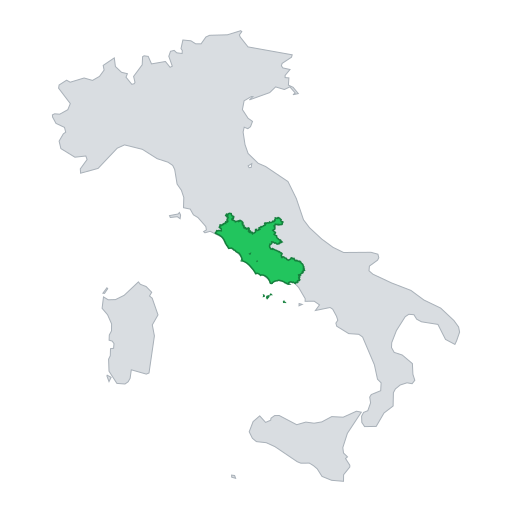 location of Lazio, Roma, Italy
{"feature_id": "23120603B86473916475875", "entity_name": "Lazio", "entity_type": "district", "adm_level": 2, "iso_a3": "ITA", "parent_name": "Italy", "parent_adm1": "Roma", "projection": "natural_earth1", "projection_center": [12.727, 41.812], "detail": "fine", "context": "in_parent", "style": "filled", "palette": "green", "viewbox_px": 512, "rotation_deg": 0, "n_neighbors": 0, "source": "geoboundaries", "source_scale": "gbopen_adm2", "svg_char_len": 9680}
<svg xmlns="http://www.w3.org/2000/svg" viewBox="0 0 512 512"><path d="M66.6,80.2L70.2,82.2L84.1,78.0L92.5,80.4L99.5,76.4L104.1,70.1L103.2,65.4L114.3,57.9L115.4,66.5L121.5,72.3L127.4,73.7L126.0,77.2L131.8,84.3L134.2,83.7L135.0,82.4L133.6,76.4L142.2,64.8L142.6,56.7L144.1,55.8L148.2,56.4L151.5,63.9L165.4,61.5L170.1,67.3L172.3,66.2L168.8,56.3L170.5,51.3L174.2,50.4L176.7,52.8L182.1,53.5L182.3,50.5L181.0,48.6L182.9,40.0L190.9,40.8L195.6,43.8L201.1,43.8L205.9,37.0L209.6,35.3L227.4,34.8L240.7,30.7L241.8,31.6L239.4,34.9L240.2,37.0L248.0,46.9L292.2,54.8L291.5,57.2L282.1,63.4L281.4,65.8L282.8,67.9L290.0,69.5L285.1,75.4L285.1,77.6L288.9,77.9L288.4,85.1L293.1,87.3L298.3,93.6L293.0,94.7L295.2,93.0L289.9,86.9L284.4,89.5L275.6,86.9L269.7,92.6L249.4,99.9L252.9,96.6L251.4,96.5L244.1,100.8L242.4,109.6L248.1,118.3L252.5,121.4L250.5,126.7L247.8,128.7L244.2,127.2L243.1,132.0L245.0,144.6L248.1,153.5L258.2,163.3L265.6,166.5L288.0,181.6L296.3,198.5L303.5,219.8L309.5,227.7L321.8,239.1L333.1,247.4L343.6,252.5L371.0,252.3L377.9,254.2L378.8,257.7L377.6,260.1L369.4,266.1L369.0,270.8L372.9,274.2L391.7,283.0L410.9,290.4L423.9,300.0L440.7,308.1L453.9,320.5L458.6,327.0L459.6,332.1L456.6,340.8L454.9,344.4L445.5,339.4L437.9,324.4L421.5,321.8L416.7,319.2L413.9,314.7L408.8,314.3L405.2,316.7L396.4,330.6L391.7,342.7L391.5,347.6L394.2,352.4L402.2,355.0L412.4,363.6L412.9,374.3L414.8,380.3L412.1,383.7L407.0,382.8L400.2,385.0L395.4,388.9L393.4,392.7L393.1,406.0L384.0,413.0L376.2,426.4L364.6,426.6L361.8,422.4L361.6,416.2L363.6,412.4L367.8,410.7L370.6,402.8L369.7,397.1L371.3,394.5L380.7,390.7L381.1,382.8L377.5,379.2L374.4,364.8L362.6,337.0L358.8,334.3L348.7,333.6L336.7,326.2L335.9,323.1L337.8,320.2L336.5,316.2L332.7,309.2L330.1,307.5L315.4,310.5L319.5,304.9L314.2,301.2L305.1,301.3L305.2,298.7L298.6,287.4L294.2,282.9L277.4,280.5L271.9,282.5L263.6,275.3L256.1,272.7L236.9,252.2L227.7,246.1L221.9,237.2L210.2,231.3L204.9,232.8L203.6,231.6L206.4,229.9L205.8,226.5L198.0,217.6L193.4,214.8L190.2,209.1L183.5,207.7L183.8,197.5L181.4,190.3L177.1,184.1L174.7,169.5L172.7,165.4L168.0,162.2L157.2,158.7L142.3,149.3L124.5,144.9L117.2,148.2L98.1,168.4L80.6,173.2L80.3,168.9L87.1,159.5L85.8,156.0L74.9,157.2L60.9,148.6L59.1,141.1L63.3,133.9L65.7,132.2L64.5,127.4L56.0,123.4L52.6,117.1L52.4,114.9L54.6,113.8L59.7,114.2L67.8,109.7L70.3,103.6L58.6,88.2L59.1,85.0L66.6,80.2ZM251.2,167.4L251.8,163.6L248.1,165.9L249.1,167.7L251.2,167.4ZM361.3,412.2L347.4,433.3L342.8,447.6L343.5,453.0L347.5,456.9L345.5,458.5L349.8,465.2L349.8,467.0L343.6,474.7L343.5,481.3L331.6,480.3L322.0,476.4L317.2,468.8L313.4,465.6L309.3,463.1L300.9,463.2L297.2,461.7L275.0,446.7L266.3,442.7L256.4,441.6L252.4,438.3L249.2,431.8L253.1,421.6L259.7,415.9L265.6,422.4L270.7,420.2L271.0,418.2L274.6,415.6L279.2,415.5L296.7,424.7L305.8,422.1L314.1,423.2L321.8,421.9L331.7,416.6L343.2,417.2L356.5,411.2L361.3,412.2ZM152.2,298.2L158.0,314.9L152.3,324.9L154.4,335.9L149.0,373.0L146.3,374.1L131.3,369.8L130.1,378.3L128.1,381.8L125.0,384.0L116.9,383.4L109.0,371.2L108.6,359.2L110.3,355.7L110.5,348.7L113.6,348.3L114.0,343.6L112.2,341.1L109.1,340.2L109.3,335.0L111.5,330.9L111.6,323.9L107.6,314.8L102.1,308.3L103.5,296.9L108.2,299.8L115.5,299.6L124.2,295.3L138.4,281.9L140.3,284.3L146.2,286.6L151.7,292.3L149.5,296.0L152.2,298.2ZM179.4,212.5L180.6,215.1L180.1,218.7L177.3,216.7L170.3,217.5L169.5,215.6L178.1,214.0L179.4,212.5ZM111.1,377.3L109.0,381.6L106.9,375.9L107.2,375.2L111.1,377.3ZM107.7,288.7L104.5,293.4L102.9,293.2L106.9,287.8L107.7,288.7ZM235.6,478.3L231.7,477.2L231.6,475.1L234.6,475.5L235.6,478.3ZM302.2,304.4L299.0,305.8L299.1,303.5L302.2,304.4Z" fill="#d9dde1" stroke="#a8b0b8" stroke-width="1"/><path d="M215.7,232.8L215.5,233.3L219.4,235.1L221.7,236.8L222.8,238.0L224.0,239.7L224.7,241.6L225.4,242.2L225.2,242.8L225.5,243.2L225.6,243.7L226.4,244.5L226.6,245.3L227.1,245.7L226.5,245.3L227.7,246.2L227.6,246.5L228.0,247.0L227.8,246.9L228.7,248.4L231.5,248.0L233.1,249.0L233.6,249.8L235.2,250.4L236.0,251.6L239.2,253.3L240.3,254.9L241.3,257.0L242.1,259.1L242.0,259.5L241.8,259.6L242.3,260.4L242.0,260.8L243.2,260.7L242.4,260.9L244.1,261.5L246.5,262.8L249.4,265.2L253.4,269.9L255.2,272.7L255.6,273.7L255.8,273.8L256.3,273.9L256.0,273.7L256.7,273.3L257.5,273.3L258.9,273.9L260.7,275.4L261.3,274.9L263.3,275.1L265.5,276.1L267.1,277.3L268.5,279.0L269.7,281.2L270.1,282.2L270.0,282.6L270.4,283.2L271.2,283.5L272.2,283.3L272.5,282.6L274.5,281.3L276.0,280.8L277.9,280.8L277.7,280.8L277.7,280.7L278.1,280.3L278.9,280.2L282.1,281.0L284.3,282.1L284.8,282.7L285.6,282.7L286.3,283.5L286.8,283.3L287.9,284.1L288.1,283.9L288.6,284.2L289.3,284.1L288.6,283.7L288.6,282.8L289.1,282.3L289.8,282.1L290.1,282.1L289.9,282.0L290.3,281.8L291.5,281.9L292.4,282.5L293.3,282.1L295.2,283.4L295.7,282.5L296.0,282.6L297.0,282.3L297.1,282.5L297.4,282.1L297.7,282.1L297.6,281.7L297.9,281.7L297.4,281.5L297.5,280.9L298.4,280.4L298.6,280.6L298.9,280.3L299.4,280.5L299.6,280.2L299.8,279.6L299.0,278.5L299.2,278.3L298.9,277.6L299.2,277.4L298.9,277.3L299.2,276.6L299.5,276.4L299.1,275.9L299.6,275.7L298.9,275.5L298.6,274.9L299.1,274.6L300.0,274.7L302.1,272.9L302.6,273.0L303.1,272.1L302.4,271.7L302.6,271.3L303.2,270.8L304.3,270.4L303.6,269.7L304.1,269.5L304.3,269.0L303.3,268.1L303.5,267.6L303.8,267.5L303.8,266.7L303.2,266.0L302.9,264.6L302.2,263.8L301.4,263.4L300.6,261.9L300.0,261.9L299.7,261.2L299.2,261.5L298.4,261.3L298.1,261.0L297.2,260.9L296.8,260.3L296.1,260.8L295.2,260.6L295.1,260.3L294.7,260.1L294.7,259.5L294.0,258.8L294.0,258.4L293.6,258.4L293.2,258.9L292.7,258.7L292.4,258.2L291.7,257.8L290.9,258.2L291.0,258.7L290.6,259.1L289.0,259.8L288.6,260.3L286.8,259.5L286.8,259.2L286.3,258.3L285.0,258.1L284.5,257.4L283.2,256.8L282.5,256.9L282.3,257.5L282.0,257.6L281.5,257.0L281.5,255.6L281.2,255.3L282.1,253.8L281.4,252.9L280.7,253.0L279.4,251.6L278.7,251.8L278.0,251.1L277.1,250.9L276.6,250.4L275.7,250.3L272.4,248.5L272.1,248.7L272.3,249.3L271.1,249.1L270.7,249.0L270.4,248.1L269.7,247.5L269.8,247.0L269.5,246.4L269.6,245.4L269.9,245.0L269.9,244.4L270.4,244.6L271.7,243.5L271.8,243.0L272.0,242.7L271.8,241.9L273.1,242.0L274.7,243.1L275.1,242.8L275.5,242.8L277.0,244.1L277.4,244.1L278.3,243.6L278.5,243.9L279.3,243.7L279.7,243.0L280.1,242.9L279.9,242.7L281.0,242.4L280.6,242.0L281.9,241.8L281.6,241.5L280.5,241.0L280.2,240.6L280.6,240.2L280.4,240.0L278.5,239.4L278.1,238.6L277.1,238.0L276.7,237.2L276.6,235.8L275.4,235.3L274.1,234.2L275.3,233.1L275.5,232.8L275.3,232.3L274.1,231.7L273.2,230.6L272.8,230.4L273.5,229.6L274.1,229.6L274.9,228.9L274.7,228.6L274.9,227.4L274.5,227.4L274.2,226.2L274.5,226.3L274.9,225.9L274.8,225.1L275.4,224.6L275.4,224.2L276.6,224.4L277.2,224.8L277.6,224.4L278.5,224.4L278.9,225.0L279.9,224.5L280.6,224.7L281.9,224.5L282.3,224.0L282.2,223.3L282.4,223.0L282.3,222.7L282.8,222.4L282.8,221.8L281.5,221.5L280.7,220.6L281.1,219.6L280.3,219.1L279.7,218.3L278.9,218.0L278.6,217.6L277.9,217.6L277.5,218.4L275.3,217.9L275.3,218.9L274.7,219.9L275.0,220.2L274.7,220.4L274.8,220.8L273.8,221.7L273.2,221.1L272.8,221.2L272.8,221.5L272.4,221.9L271.0,222.6L270.0,222.4L269.6,222.0L269.3,222.3L269.3,222.8L268.9,223.0L267.2,222.8L266.6,223.0L266.4,223.5L266.0,223.5L265.9,223.2L265.2,222.9L264.7,223.2L264.6,223.7L265.2,224.6L265.1,225.2L263.6,225.7L262.5,226.6L261.0,226.6L261.0,227.4L259.4,227.6L258.9,228.0L259.2,228.6L259.9,229.3L259.3,229.7L258.6,229.7L258.3,230.2L257.6,230.5L256.7,230.4L256.4,229.8L256.5,229.4L255.6,229.5L255.7,230.1L255.4,230.8L255.6,231.7L255.3,232.2L254.0,233.1L253.3,233.1L252.5,233.9L252.0,233.2L252.1,232.6L252.2,232.4L252.0,232.2L251.3,232.4L250.9,232.1L250.4,232.5L250.3,232.3L249.9,232.5L249.7,232.4L250.2,232.1L250.2,231.6L250.5,231.4L250.4,231.1L249.9,231.3L248.6,231.2L248.8,230.7L248.6,230.4L248.6,229.9L249.2,229.8L249.1,229.5L248.6,229.4L248.6,228.9L249.1,228.6L248.8,228.1L248.6,228.3L248.3,228.0L247.8,228.1L247.7,228.5L246.5,229.1L246.3,228.6L245.6,228.2L245.2,228.5L244.4,228.3L244.8,228.4L245.0,228.1L244.4,227.5L243.9,227.6L243.9,227.3L244.4,227.2L243.9,227.0L243.6,226.5L244.0,226.2L243.9,225.4L243.4,225.4L242.6,224.9L242.7,224.7L242.5,224.4L242.8,224.0L242.7,223.8L242.9,223.8L242.9,223.5L242.3,223.2L242.8,222.4L242.2,222.1L242.2,221.8L241.5,221.0L240.9,221.0L240.0,220.3L239.5,220.7L239.5,221.1L239.3,221.2L239.0,221.0L238.7,221.5L238.1,220.9L237.7,221.2L237.0,221.2L235.5,221.8L235.5,221.5L234.7,220.9L232.4,220.0L232.7,219.5L231.9,219.2L232.0,218.8L232.7,218.1L233.2,218.2L233.1,217.9L233.4,217.8L233.6,217.2L233.8,217.0L233.7,216.5L232.0,215.8L231.3,214.3L231.2,213.6L229.3,213.3L228.1,214.0L227.8,215.2L227.1,214.3L226.5,214.1L225.7,215.6L227.0,216.4L226.9,216.8L227.9,217.0L228.2,217.4L227.9,217.9L227.6,219.0L226.7,218.9L227.0,219.1L227.1,219.8L227.0,220.6L227.6,220.7L227.9,221.1L227.7,221.7L226.9,222.2L225.8,221.9L225.9,222.5L225.3,223.1L225.4,223.4L224.5,223.2L224.1,223.6L223.4,223.9L223.6,224.3L223.5,224.5L222.6,224.6L222.2,225.1L221.6,225.0L221.2,225.5L220.7,224.9L220.0,225.0L220.0,225.7L220.2,225.8L220.3,226.2L219.6,226.5L219.3,227.3L220.1,227.7L220.2,228.2L221.2,228.5L221.3,230.8L218.7,230.5L217.8,230.9L216.8,230.6L216.6,230.9L216.6,231.4L216.4,231.7L215.5,232.6L215.7,232.8ZM250.0,254.0L249.8,254.0L249.7,253.9L250.1,253.7L250.0,254.0ZM257.0,261.2L256.7,260.7L257.1,261.1L257.0,261.2ZM268.3,295.9L267.7,296.2L267.8,296.3L267.5,296.6L267.1,296.6L267.2,296.8L266.8,297.6L267.3,297.7L267.0,298.0L267.2,298.4L267.9,297.6L267.4,297.6L267.7,296.5L268.7,296.0L268.3,295.9ZM283.8,301.6L283.3,302.3L283.0,302.4L283.7,302.2L283.9,302.0L283.8,301.6ZM263.8,295.3L263.9,295.7L263.7,296.3L264.1,296.2L264.0,295.4L263.8,295.3ZM270.8,294.2L270.5,294.4L270.5,294.5L271.1,294.5L270.8,294.2ZM284.7,302.2L284.5,302.3L284.8,302.3L284.7,302.2Z" fill="#22c55e" stroke="#15803d" stroke-width="1.5"/></svg>